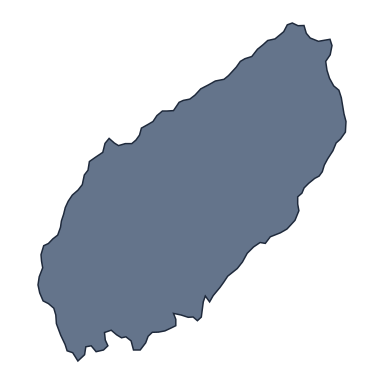 Jambeiro, São Paulo, Brazil
{"feature_id": "56859067B251239701216", "entity_name": "Jambeiro", "entity_type": "district", "adm_level": 2, "iso_a3": "BRA", "parent_name": "Brazil", "parent_adm1": "São Paulo", "projection": "equal_earth", "projection_center": [-45.713, -23.277], "detail": "fine", "context": "isolated", "style": "filled", "palette": "slate", "viewbox_px": 384, "rotation_deg": 0, "n_neighbors": 0, "source": "geoboundaries", "source_scale": "gbopen_adm2", "svg_char_len": 1839}
<svg xmlns="http://www.w3.org/2000/svg" viewBox="0 0 384 384"><path d="M173.5,110.6L167.1,111.0L162.4,111.0L156.9,115.6L153.0,121.5L148.4,124.2L141.4,128.1L139.5,135.1L136.0,140.0L131.8,143.6L125.3,143.6L118.5,145.6L114.3,143.0L109.1,138.4L105.0,143.4L102.8,152.3L95.4,157.3L89.4,161.5L88.0,170.2L84.3,175.0L82.3,184.6L78.1,190.0L72.3,195.1L68.2,201.2L65.3,207.5L63.6,214.3L61.4,221.0L60.5,227.3L57.7,235.1L52.8,238.9L48.4,243.5L43.7,245.7L41.0,254.7L41.5,260.9L42.7,267.8L39.2,276.8L38.0,284.9L39.7,292.9L43.1,300.9L48.4,303.6L53.8,308.2L55.8,315.0L56.4,323.7L60.7,335.2L65.1,344.5L67.1,350.8L72.7,352.7L77.9,361.0L84.6,354.7L85.8,346.8L91.2,345.8L96.1,351.7L103.5,350.0L107.9,345.8L105.3,340.1L104.5,332.5L111.2,330.2L116.6,334.8L121.5,337.8L125.9,336.8L131.1,340.9L133.5,350.0L140.2,350.0L145.7,342.8L148.1,336.3L152.3,332.3L158.5,332.1L164.9,330.9L171.1,328.0L175.8,325.7L175.8,319.3L173.5,313.4L181.1,315.0L188.2,317.3L193.1,317.0L197.4,320.7L201.3,317.1L203.3,301.8L205.3,296.0L209.6,301.9L213.2,295.6L220.0,287.4L223.8,282.1L227.7,276.2L237.3,268.5L242.5,261.9L247.2,253.3L253.5,247.0L260.1,242.5L265.3,243.4L270.3,236.8L280.4,232.8L287.0,229.0L295.0,220.3L298.9,210.7L297.7,204.1L297.7,196.8L301.9,193.2L304.1,187.9L308.7,183.3L314.7,178.4L319.1,176.1L322.3,171.7L324.3,165.1L327.7,158.8L332.9,150.8L336.1,143.0L340.5,139.0L345.4,132.1L346.0,121.5L344.0,113.9L342.7,106.1L341.3,97.7L338.9,90.2L333.7,85.9L329.5,78.3L327.0,70.3L325.7,61.4L330.2,54.8L332.0,45.6L330.0,39.3L324.1,40.3L318.4,41.3L310.2,38.0L306.3,33.3L304.0,25.5L298.0,25.7L292.3,23.0L287.3,24.8L283.7,31.7L275.0,38.9L267.7,40.5L262.5,45.2L257.5,49.2L251.8,56.5L244.9,58.7L240.3,61.4L236.3,67.1L228.5,75.6L224.0,79.3L215.3,81.0L208.2,85.0L200.8,88.8L195.0,95.1L189.8,99.1L183.3,100.4L179.1,102.3L173.5,110.6Z" fill="#64748b" stroke="#1e293b" stroke-width="1.5"/></svg>